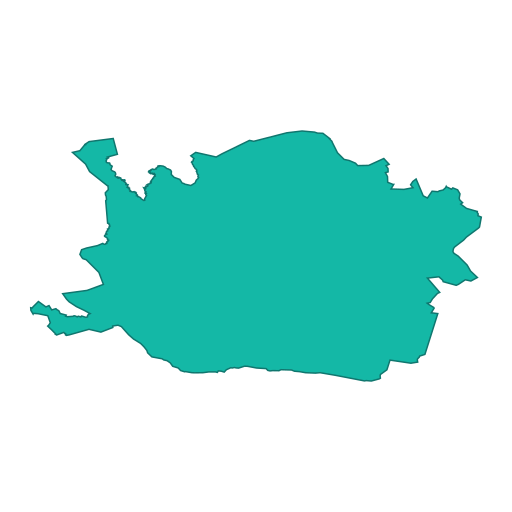 the district of Jaunauces pag., Saldus, Latvia
{"feature_id": "27541924B95660010997208", "entity_name": "Jaunauces pag.", "entity_type": "district", "adm_level": 2, "iso_a3": "LVA", "parent_name": "Latvia", "parent_adm1": "Saldus", "projection": "robinson", "projection_center": [22.626, 56.459], "detail": "fine", "context": "isolated", "style": "filled", "palette": "teal", "viewbox_px": 512, "rotation_deg": 0, "n_neighbors": 0, "source": "geoboundaries", "source_scale": "gbopen_adm2", "svg_char_len": 6033}
<svg xmlns="http://www.w3.org/2000/svg" viewBox="0 0 512 512"><path d="M102.8,243.4L97.5,245.6L86.6,248.0L81.6,249.7L79.9,254.4L82.0,257.7L83.0,258.7L86.2,259.7L98.9,272.4L103.4,284.4L87.1,290.4L62.7,293.7L66.5,299.1L69.1,301.8L76.4,306.6L84.1,310.3L90.1,313.6L88.3,314.4L87.4,316.0L87.5,316.8L86.6,317.2L85.4,317.2L81.6,316.0L81.4,316.1L81.2,316.7L80.8,316.9L78.2,316.2L77.2,316.9L75.6,316.1L74.4,315.8L73.9,315.8L73.2,316.3L67.4,316.7L65.6,316.2L66.2,315.1L60.2,313.5L58.8,310.7L57.1,309.8L55.9,308.7L51.7,309.9L49.0,305.6L45.9,306.9L38.4,301.5L33.0,306.9L32.2,308.0L30.7,307.7L30.9,310.4L33.1,314.1L33.4,313.5L33.7,313.4L38.1,313.7L47.8,315.7L50.3,322.7L48.7,325.2L47.7,326.1L51.8,330.0L56.0,334.3L55.7,334.4L56.0,334.6L56.6,335.0L63.8,332.4L64.8,333.5L65.6,333.6L65.8,334.2L65.5,334.8L66.3,335.4L69.1,334.9L89.0,329.3L100.9,332.1L112.8,327.5L112.9,327.3L112.6,326.1L112.8,326.0L118.0,325.2L121.4,326.6L128.6,334.7L133.6,339.1L140.6,343.4L143.9,346.7L146.9,350.5L147.6,352.8L151.9,356.9L162.2,358.8L163.7,359.9L167.1,360.7L170.3,362.9L172.7,366.3L178.0,367.9L179.6,369.4L180.5,370.5L184.6,371.8L185.5,371.6L191.9,372.7L194.5,372.8L203.0,372.7L208.9,371.9L215.4,371.9L217.4,372.4L218.3,370.9L221.3,371.2L224.2,372.1L226.4,369.7L230.9,367.7L232.1,368.0L234.4,367.5L236.1,367.9L238.6,368.1L244.5,366.2L247.5,366.3L256.5,368.0L266.1,368.6L267.8,370.4L270.0,370.9L272.7,370.6L279.0,370.7L280.9,369.7L291.5,370.0L294.4,371.2L299.9,371.7L305.5,372.7L315.4,373.1L320.1,372.7L335.4,375.3L364.4,380.9L366.3,380.6L371.4,381.0L379.2,378.9L380.4,378.2L380.1,375.9L380.4,374.5L386.9,369.8L390.0,360.1L410.9,363.2L417.7,362.1L417.3,359.8L417.6,358.8L419.3,357.1L419.6,356.1L424.9,354.4L437.8,313.6L431.3,312.8L434.1,308.2L433.8,307.5L429.3,304.8L427.2,303.2L430.2,302.5L432.5,298.8L437.5,293.4L439.7,292.4L427.4,278.1L438.9,276.8L442.6,280.1L443.2,281.7L456.2,285.3L458.5,284.3L465.3,279.8L470.9,281.0L477.4,277.5L470.6,271.1L467.1,265.0L458.2,256.1L453.9,253.3L452.9,251.5L453.5,248.5L454.6,247.0L463.6,240.1L466.4,237.1L478.6,228.0L479.5,227.0L481.3,217.1L477.9,215.7L478.2,213.9L477.1,212.3L477.3,211.5L466.5,208.4L460.7,204.1L462.6,202.7L459.7,199.9L459.2,198.2L460.0,193.9L457.6,189.8L452.8,187.9L451.5,189.2L446.4,186.8L446.2,186.4L445.6,187.7L443.1,190.0L439.3,190.9L437.9,191.7L432.1,191.2L427.4,198.0L423.2,195.8L416.1,179.0L412.8,181.5L410.6,184.8L413.0,187.7L404.0,189.4L391.0,189.0L393.7,184.4L393.0,184.4L387.7,182.3L387.5,176.6L385.4,172.6L388.1,171.9L388.0,168.5L386.0,165.7L389.1,164.3L383.8,158.5L368.7,165.4L357.7,165.6L355.5,163.2L349.2,160.5L344.1,159.4L337.5,152.8L332.2,142.2L332.0,141.4L329.5,138.8L329.8,138.6L322.9,133.3L317.5,133.1L314.5,132.1L302.1,131.0L286.8,132.8L253.7,141.3L249.5,140.4L222.0,153.8L216.2,157.0L195.7,152.4L190.8,155.8L194.0,158.5L193.3,159.4L193.2,160.9L192.1,161.4L191.5,162.2L192.2,162.9L192.4,164.0L193.6,165.7L193.6,166.4L194.2,166.9L195.2,168.6L196.5,169.5L196.8,170.7L196.3,171.2L196.9,171.9L196.9,172.9L197.5,173.7L197.4,174.3L198.4,175.0L197.9,176.5L198.6,177.5L198.1,178.0L198.1,178.5L196.3,180.1L195.1,182.9L190.9,185.5L184.6,184.1L183.9,183.5L182.2,183.1L179.8,179.4L174.2,177.4L171.3,174.5L171.4,171.4L170.5,170.0L169.8,169.7L167.9,168.8L166.8,168.6L165.2,167.1L163.1,166.1L159.9,165.7L158.3,165.9L158.7,166.6L157.6,166.8L157.1,167.6L156.0,168.2L155.9,168.6L156.1,168.9L154.7,169.4L153.8,169.5L152.7,169.0L151.1,169.6L150.8,169.9L150.9,170.4L149.4,170.6L148.8,171.1L148.5,171.8L148.9,172.0L149.7,171.8L150.3,172.1L150.5,172.5L150.3,173.1L149.9,173.2L150.6,173.7L152.3,173.2L152.4,173.4L152.2,173.9L152.3,174.0L153.6,173.8L154.0,173.3L154.3,173.4L154.7,174.1L154.2,174.6L155.1,174.8L154.8,175.5L155.2,176.1L153.9,176.8L153.6,177.8L153.4,177.7L152.6,178.5L152.5,179.4L151.7,179.9L151.3,180.7L150.8,181.2L151.4,181.6L151.3,182.0L151.0,182.0L151.0,182.4L150.5,182.5L150.8,183.1L149.9,183.5L149.6,183.9L148.3,184.0L147.1,184.7L147.9,185.1L147.9,185.7L147.6,186.3L146.6,186.4L146.0,186.0L145.1,187.2L145.9,187.7L145.7,188.5L143.8,187.9L144.2,188.6L144.8,188.7L144.7,189.1L145.0,189.3L144.6,189.6L144.9,190.8L145.4,191.5L146.0,191.7L146.0,192.0L145.2,192.1L145.1,192.4L145.6,193.2L145.4,193.4L146.0,193.6L145.7,193.8L145.8,194.7L146.5,195.5L144.6,198.9L144.8,200.2L143.9,200.5L141.0,198.7L140.7,197.9L138.6,196.7L137.8,196.7L137.5,195.9L136.7,195.7L137.4,195.1L136.4,194.1L136.3,193.7L135.6,193.4L135.6,193.2L136.2,192.8L135.8,192.3L135.4,192.1L135.1,192.5L134.1,191.6L132.9,192.0L130.1,191.3L130.5,190.6L129.3,189.7L129.6,189.0L129.3,188.7L129.4,188.2L128.7,188.1L128.7,187.4L128.2,187.4L127.8,187.7L127.1,187.2L127.6,186.7L127.7,185.3L128.0,184.7L127.0,184.5L126.2,184.8L125.8,184.5L126.2,183.7L125.9,183.5L125.9,183.0L124.1,181.6L124.8,181.2L125.0,180.6L124.7,179.8L123.2,179.9L123.3,180.5L123.1,180.6L122.4,180.5L121.9,180.3L122.1,179.7L121.5,179.6L120.9,179.1L120.9,178.2L120.6,177.9L119.7,177.8L119.0,177.3L118.6,177.7L119.0,178.0L118.1,178.2L117.9,177.9L118.1,177.6L117.6,176.9L116.9,177.4L115.2,176.1L115.0,175.5L115.7,174.6L115.6,173.3L115.2,172.4L114.5,171.8L112.0,170.7L111.0,169.5L112.2,166.2L110.3,164.9L109.9,164.3L109.9,163.4L109.6,163.0L107.2,162.8L106.3,162.1L106.3,161.5L106.0,160.8L106.7,159.8L106.8,159.4L106.3,158.6L106.6,158.3L107.5,158.4L108.6,157.9L108.7,157.3L107.9,156.9L117.4,154.3L113.2,138.5L89.1,141.6L85.5,144.0L85.8,144.1L85.8,144.6L84.6,145.0L79.9,150.7L72.5,152.4L85.6,164.1L89.6,171.6L107.6,185.9L108.0,185.9L108.3,189.6L105.3,192.8L105.5,195.0L106.2,196.4L106.5,199.7L105.7,200.7L107.6,223.2L108.9,223.5L108.9,224.2L109.5,224.7L109.4,225.3L109.9,226.0L109.8,226.5L109.2,226.7L108.9,227.3L109.1,228.1L108.9,228.4L107.7,229.0L108.1,229.4L107.3,230.4L107.6,230.9L106.5,231.6L106.2,232.4L106.3,233.1L106.0,233.4L106.7,233.7L106.8,234.2L106.1,234.3L104.6,235.5L104.5,236.1L104.8,236.5L106.7,237.6L107.5,238.6L107.5,239.0L107.8,239.2L107.5,239.8L107.6,240.0L108.6,240.3L107.7,241.6L106.8,241.9L106.9,242.3L106.5,242.8L106.9,243.3L106.7,243.6L105.8,243.6L105.1,244.3L104.5,244.3L103.3,243.9L102.8,243.4Z" fill="#14b8a6" stroke="#0f766e" stroke-width="1.5"/></svg>